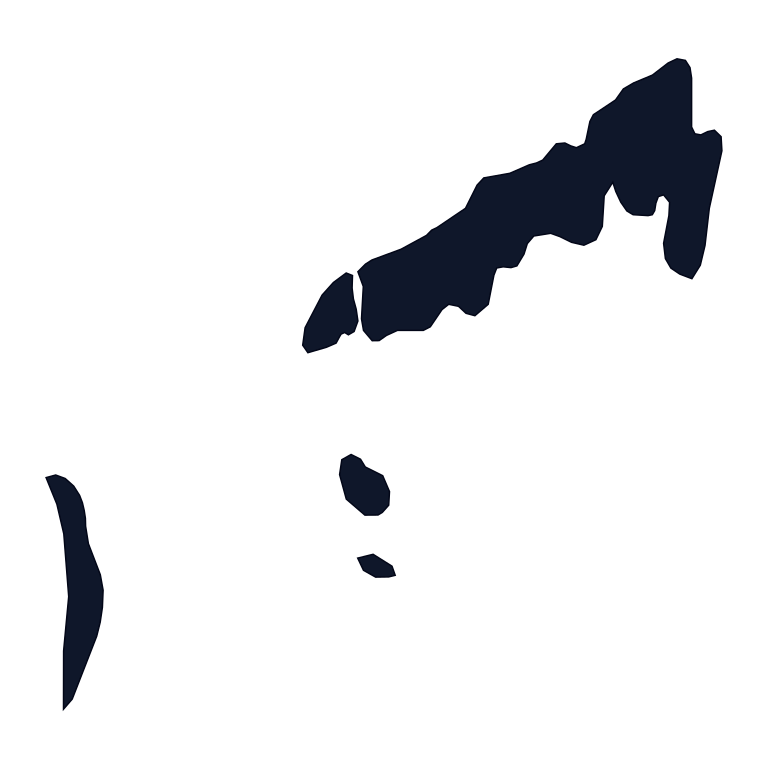 SVG path tracing the border of Tawi-Tawi
{"feature_id": "PHL-2511", "entity_name": "Tawi-Tawi", "entity_type": "Province", "adm_level": 1, "iso_a3": "PHL", "parent_name": "Philippines", "parent_adm1": "", "projection": "robinson", "projection_center": [119.911, 5.003], "detail": "fine", "context": "isolated", "style": "filled", "palette": "ink", "viewbox_px": 768, "rotation_deg": 0, "n_neighbors": 0, "source": "natural_earth", "source_scale": "10m", "svg_char_len": 1934}
<svg xmlns="http://www.w3.org/2000/svg" viewBox="0 0 768 768"><path d="M721.1,136.7L721.9,150.8L709.3,208.3L705.0,245.5L700.3,265.2L691.9,278.7L679.8,274.1L670.9,268.1L665.4,258.6L663.6,243.3L668.9,215.6L669.6,202.3L663.6,194.9L658.3,196.6L655.9,203.1L654.7,210.6L652.3,214.7L648.1,215.6L633.1,214.7L626.9,211.0L620.8,202.2L615.8,191.5L612.8,182.2L604.2,195.8L602.3,226.4L595.9,239.7L583.9,245.2L571.5,242.3L559.9,236.6L550.7,233.3L533.8,236.0L527.3,243.6L524.0,254.1L516.9,265.9L511.0,267.6L503.2,266.8L496.7,268.0L493.9,275.2L488.2,304.3L474.9,315.7L466.0,313.3L458.5,306.3L448.7,304.3L442.0,309.6L430.3,326.8L423.3,330.4L397.4,330.4L386.5,335.4L379.1,340.6L372.2,340.7L363.5,330.4L361.5,318.8L363.3,286.5L357.9,271.7L365.5,264.1L371.9,260.0L401.1,249.2L426.5,235.4L431.7,230.1L436.8,227.7L465.5,208.3L477.1,185.1L483.8,177.9L509.8,173.3L529.3,164.8L536.4,163.0L542.7,160.1L556.3,143.8L564.9,143.0L570.8,145.9L576.4,147.7L584.7,143.8L586.2,139.3L589.9,121.5L593.4,114.7L615.5,100.0L623.4,88.9L633.7,82.9L652.4,75.1L668.1,63.0L677.0,58.8L685.4,60.4L690.0,67.6L691.6,78.1L691.6,127.0L694.9,133.8L700.9,134.9L707.7,131.6L714.4,130.2L721.1,136.7ZM85.6,526.2L88.4,543.7L100.3,574.7L103.1,590.2L102.4,607.4L100.2,622.2L96.7,636.2L72.2,699.1L63.5,709.2L63.6,651.0L68.7,596.6L63.8,533.9L56.9,504.2L46.1,477.6L55.7,475.0L65.2,478.5L73.7,486.1L79.6,495.4L82.4,502.7L84.2,510.4L85.4,518.3L85.6,526.2ZM344.7,332.5L341.1,334.1L339.5,336.8L336.1,343.1L326.6,347.2L307.9,352.7L302.7,345.2L305.1,327.7L322.1,295.1L333.4,282.5L346.2,273.0L352.5,275.5L352.1,288.0L353.4,298.9L356.2,309.2L357.9,321.0L354.1,331.5L348.4,334.8L344.7,332.5ZM378.0,515.0L364.9,515.1L346.3,499.1L339.6,474.6L341.8,459.7L351.1,454.5L360.5,459.2L365.3,467.0L382.7,475.7L389.5,491.6L388.7,505.2L382.3,512.4L378.0,515.0ZM373.1,554.3L392.0,566.2L395.2,575.3L388.7,576.9L375.6,577.1L363.5,570.3L357.7,558.1L373.1,554.3Z" fill="#0f172a" stroke="#020617" stroke-width="1.5"/></svg>